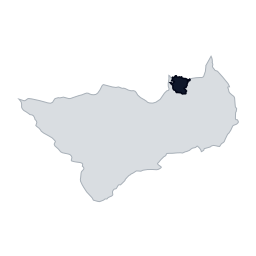 Mbaïki, Lobaye, Central African Republic (highlighted), rotated 182°
{"feature_id": "33826404B24481683700723", "entity_name": "Mbaïki", "entity_type": "district", "adm_level": 2, "iso_a3": "CAF", "parent_name": "Central African Republic", "parent_adm1": "Lobaye", "projection": "orthographic", "projection_center": [17.906, 4.007], "detail": "fine", "context": "in_parent", "style": "filled", "palette": "ink", "viewbox_px": 256, "rotation_deg": 182, "n_neighbors": 0, "source": "geoboundaries", "source_scale": "gbopen_adm2", "svg_char_len": 6494}
<svg xmlns="http://www.w3.org/2000/svg" viewBox="0 0 256 256"><g transform="rotate(182 128 128)"><path d="M180.7,92.5L183.2,93.1L183.6,93.9L183.0,96.4L183.5,97.9L184.9,99.3L186.3,99.8L187.7,100.1L192.4,100.9L194.4,101.8L197.0,104.7L200.3,107.4L201.1,108.8L201.0,110.1L200.1,111.7L200.2,112.3L201.7,113.9L203.5,115.5L206.6,117.2L212.1,120.0L214.6,121.8L215.5,123.2L216.9,124.7L218.9,126.1L220.2,127.2L219.3,130.3L219.6,131.3L220.1,132.2L221.3,133.4L221.7,134.9L222.9,136.9L224.3,137.7L226.5,138.0L227.7,138.9L230.2,140.5L232.6,141.8L233.6,142.7L234.2,143.5L234.8,144.4L235.1,145.4L235.1,147.5L235.6,150.1L236.9,151.8L238.1,153.1L233.2,151.7L232.5,151.6L231.6,151.9L229.1,153.8L228.3,154.0L225.1,153.7L217.4,152.3L211.4,150.9L209.6,150.4L206.4,150.0L204.3,151.0L202.4,154.3L201.8,154.9L198.7,155.9L197.2,155.7L193.6,156.6L188.1,155.3L186.1,155.6L184.5,156.3L180.5,157.8L178.1,158.7L175.3,159.5L172.6,160.7L170.8,161.4L169.1,161.4L167.5,160.7L165.7,160.1L163.6,160.0L161.4,160.4L159.6,161.7L158.9,162.7L157.3,165.2L155.4,169.3L154.7,170.1L154.0,170.5L145.2,168.5L141.5,168.1L138.9,168.7L135.7,167.6L134.3,167.4L133.7,167.7L131.9,167.2L129.0,165.9L126.2,165.3L123.7,165.5L122.2,165.0L121.0,163.7L119.4,161.2L116.5,158.8L112.7,156.8L110.3,155.3L109.4,154.4L107.3,153.8L104.2,153.7L101.1,154.7L96.8,157.8L92.8,164.1L90.5,166.5L88.7,167.1L88.3,168.6L89.2,171.0L89.4,173.8L88.8,178.5L89.0,182.0L88.0,181.4L87.1,179.8L86.7,179.5L84.0,180.2L82.6,180.9L81.9,181.5L81.3,181.6L80.5,180.7L79.8,180.6L78.8,180.7L77.7,180.7L77.0,180.6L76.5,180.7L75.3,180.1L70.7,178.8L69.9,178.4L69.0,178.4L66.6,179.6L65.4,179.9L61.6,180.6L57.5,181.0L55.9,181.0L54.9,181.5L54.2,182.2L52.9,186.5L52.6,187.3L52.6,188.4L52.3,191.9L52.4,193.0L47.5,202.6L46.7,201.0L46.2,199.1L46.0,197.0L46.2,196.4L45.8,195.8L45.4,194.0L45.8,192.9L45.5,191.7L44.6,190.5L43.7,189.6L43.2,188.8L42.8,188.5L41.9,188.3L40.6,187.9L35.2,182.3L29.6,175.9L28.5,173.9L28.0,172.7L29.4,172.5L29.7,172.3L29.7,171.8L28.9,170.1L28.5,168.1L27.8,166.8L25.6,164.9L23.5,163.4L22.9,162.6L22.5,161.5L21.7,154.7L21.4,152.7L20.7,151.9L20.2,151.5L20.1,151.0L20.2,149.8L20.4,148.7L20.4,148.3L21.0,147.3L21.0,141.0L20.4,140.1L19.1,140.1L18.4,139.2L17.9,138.0L18.1,137.2L19.3,135.9L20.1,135.4L22.5,134.4L23.2,133.9L23.6,133.3L23.9,132.5L25.3,129.2L27.3,126.0L28.2,125.3L30.3,120.6L30.8,119.3L31.2,118.1L31.9,117.1L34.1,115.5L35.8,112.7L37.7,112.9L39.6,113.3L42.0,113.6L43.9,113.0L45.2,111.9L51.1,110.0L51.5,108.5L52.5,107.7L53.6,107.0L53.9,106.9L54.0,107.4L54.7,109.0L56.0,110.6L58.0,112.3L58.5,112.2L59.8,110.9L62.8,110.1L63.6,109.7L65.8,107.8L68.4,106.6L70.0,106.2L72.6,104.9L74.5,105.1L77.6,104.9L82.6,104.3L86.3,104.1L88.1,103.9L88.6,103.6L89.3,101.8L89.9,101.3L91.2,100.5L93.9,97.7L95.7,95.4L96.2,94.6L96.6,94.4L97.3,93.4L96.6,92.4L93.6,90.4L93.6,90.1L93.4,89.7L93.6,89.5L94.7,88.6L96.3,87.7L97.9,87.3L102.2,87.4L105.9,87.2L106.8,87.2L109.6,86.7L111.6,86.3L113.6,85.3L118.1,85.4L121.9,82.8L123.0,82.4L123.5,82.0L123.6,81.6L125.4,80.6L127.3,78.5L128.9,76.6L129.3,75.3L133.5,70.9L135.0,71.0L135.8,70.4L137.4,67.4L137.9,66.9L139.7,66.4L140.5,65.5L141.2,64.2L141.2,62.6L140.9,61.3L140.9,60.6L141.3,60.1L141.9,59.5L145.2,57.9L146.0,57.1L146.5,56.4L147.4,56.3L148.4,56.3L149.0,55.9L149.7,55.2L151.9,54.2L154.0,53.4L156.1,53.7L160.1,54.7L161.3,56.8L161.9,57.5L166.9,62.5L167.8,63.7L170.3,67.3L171.8,69.7L173.6,73.2L173.8,75.1L173.6,76.8L173.3,81.4L172.9,82.8L170.8,85.3L170.7,86.4L171.2,87.4L171.9,87.8L172.3,88.2L172.0,90.4L172.8,91.2L174.5,91.8L178.5,92.2L180.7,92.5Z" fill="#d9dde1" stroke="#a8b0b8" stroke-width="1"/><path d="M87.4,174.8L86.8,174.3L86.7,173.9L86.6,173.7L86.3,173.6L85.8,173.4L85.6,172.9L85.2,172.5L84.5,172.0L84.5,171.6L84.6,171.1L84.7,170.6L84.5,169.8L84.5,169.2L84.1,168.4L83.3,167.5L82.3,167.4L81.9,167.2L81.4,165.9L81.1,165.5L80.7,165.2L80.6,165.3L80.5,165.5L80.3,165.5L80.1,165.6L79.9,165.7L79.7,165.7L79.5,165.4L79.5,165.2L79.4,165.2L79.2,165.3L78.9,165.2L78.6,165.2L78.3,165.1L77.9,165.1L77.6,165.1L77.4,165.1L77.2,165.3L76.9,165.3L76.7,165.1L76.4,165.1L76.1,165.1L75.9,165.1L75.8,164.9L75.7,164.6L75.7,164.4L75.3,164.3L75.1,164.2L74.9,164.0L74.6,163.9L74.3,164.0L74.2,164.1L73.8,164.1L73.6,164.1L73.4,164.1L73.1,164.1L73.0,164.3L72.9,164.4L72.6,164.4L72.4,164.4L72.1,164.2L71.9,164.2L71.7,164.2L71.5,164.3L71.4,164.5L71.3,164.8L71.3,165.1L71.5,166.0L71.5,166.4L71.4,166.5L71.2,166.7L70.9,166.8L70.8,167.0L71.0,167.2L71.1,167.3L71.4,167.5L71.5,167.7L71.6,168.0L72.1,168.5L72.5,168.7L72.6,168.8L72.8,168.9L73.1,169.3L73.3,169.6L73.2,169.9L72.2,170.5L71.5,170.6L71.5,170.9L71.4,171.0L71.2,171.2L71.1,171.4L71.0,171.9L70.4,172.9L70.6,173.9L70.4,174.4L70.1,175.0L70.0,175.4L70.1,175.6L70.0,175.8L69.8,175.9L69.6,176.1L69.6,176.3L70.0,176.4L70.1,176.5L70.3,177.0L70.2,177.2L69.8,177.2L69.4,177.1L69.0,177.2L68.7,177.4L68.4,177.3L68.2,177.4L68.1,177.5L67.9,177.6L67.7,178.0L67.6,178.4L67.9,179.3L67.9,179.2L68.0,179.2L68.2,178.9L68.3,178.8L68.3,178.7L68.5,178.6L68.7,178.4L68.8,178.4L69.1,178.4L69.2,178.2L69.3,178.2L69.5,177.9L69.8,177.9L69.9,178.0L70.0,178.0L70.2,178.3L70.3,178.4L70.5,178.4L70.6,178.5L70.8,178.5L71.0,178.7L71.0,178.8L71.1,179.0L71.3,179.0L71.5,179.1L71.8,179.2L71.9,179.3L72.0,179.4L72.3,179.4L72.5,179.4L72.8,179.3L73.0,179.4L73.3,179.4L73.5,179.4L73.8,179.4L74.0,179.3L74.1,179.2L74.3,179.3L74.5,179.4L74.6,179.5L74.8,179.6L75.0,179.6L75.3,179.5L75.5,179.5L75.8,179.7L75.8,179.8L75.8,180.0L76.0,180.3L76.1,180.5L76.1,180.9L76.2,181.0L76.3,181.0L76.4,180.9L76.5,180.8L76.6,180.7L76.8,180.7L77.0,180.7L77.3,180.6L77.4,180.4L77.5,180.3L77.8,180.5L78.0,180.7L78.1,180.8L78.3,180.9L78.5,180.9L78.8,180.8L78.9,180.7L79.0,180.6L79.3,180.5L79.5,180.5L79.6,180.4L79.8,180.5L80.0,180.5L80.3,180.5L80.5,180.5L80.8,180.6L81.0,180.7L81.1,180.8L81.3,180.9L81.3,181.0L81.4,181.3L81.4,181.5L81.5,181.8L81.9,181.9L82.0,181.9L82.3,181.8L82.4,181.7L82.5,181.7L82.7,181.4L82.8,181.3L82.9,181.2L82.9,180.9L83.0,180.8L83.0,180.7L83.1,180.4L83.2,180.2L83.4,180.2L83.5,180.2L83.6,180.3L83.8,180.2L84.0,180.2L84.3,180.1L84.5,180.1L84.8,180.1L85.0,180.1L85.2,180.3L85.3,180.3L85.4,180.2L85.5,180.1L85.5,179.9L85.1,179.3L85.1,179.0L85.3,179.0L85.3,178.9L85.3,178.6L85.2,178.4L85.3,178.1L85.5,177.9L85.6,177.5L85.7,177.4L85.7,177.2L85.9,177.0L86.0,176.9L85.9,176.7L85.6,176.8L85.4,176.8L85.2,176.9L84.5,176.4L84.0,176.4L83.7,176.4L83.4,176.2L83.2,175.8L83.7,175.3L84.3,174.6L84.7,174.4L84.9,174.2L85.2,174.0L85.4,174.0L85.5,174.0L85.8,174.3L86.2,174.6L86.4,174.8L86.7,174.8L87.0,174.9L87.4,174.8Z" fill="#0f172a" stroke="#020617" stroke-width="1.5"/></g></svg>